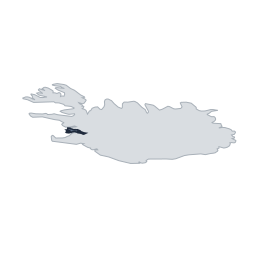 Hvalfjarðarsveit, Vesturland, Iceland shown in context, rotated 9°
{"feature_id": "244011B64770191202242", "entity_name": "Hvalfjarðarsveit", "entity_type": "district", "adm_level": 2, "iso_a3": "ISL", "parent_name": "Iceland", "parent_adm1": "Vesturland", "projection": "equal_earth", "projection_center": [-21.787, 64.41], "detail": "fine", "context": "in_parent", "style": "filled", "palette": "slate", "viewbox_px": 256, "rotation_deg": 9, "n_neighbors": 0, "source": "geoboundaries", "source_scale": "gbopen_adm2", "svg_char_len": 6031}
<svg xmlns="http://www.w3.org/2000/svg" viewBox="0 0 256 256"><g transform="rotate(9 128 128)"><path d="M195.6,99.7L197.9,99.8L201.5,99.1L206.7,96.9L208.9,96.5L214.0,96.5L207.9,98.5L205.8,100.8L204.1,101.9L204.2,102.4L208.7,103.8L210.7,103.4L211.7,103.5L212.5,104.2L213.2,105.5L212.9,106.9L211.8,108.2L210.1,109.4L210.4,109.7L211.8,109.9L219.0,109.2L219.9,110.9L220.6,111.5L220.4,112.0L217.7,113.8L221.0,112.7L223.6,112.4L228.3,113.0L230.2,113.6L231.4,114.8L233.6,114.4L234.7,115.1L234.8,115.8L233.9,117.7L231.3,118.7L233.0,120.1L234.4,120.1L234.7,120.4L234.6,121.3L232.5,122.2L236.1,123.3L236.6,123.7L236.4,125.0L235.9,125.7L234.9,126.1L232.4,126.2L230.9,126.7L231.5,127.4L231.1,129.6L229.3,131.3L227.5,132.2L225.8,132.8L220.7,132.2L221.0,133.7L219.3,134.6L219.7,135.4L220.3,135.8L220.1,136.8L217.9,138.9L216.3,139.5L213.2,140.4L208.6,142.2L203.9,142.2L192.5,144.9L188.0,146.4L180.0,150.9L176.6,152.0L170.7,152.6L153.0,155.5L151.0,157.3L151.0,157.6L151.8,158.3L150.5,159.6L147.8,160.5L146.5,160.5L144.3,159.7L144.0,160.1L145.0,161.0L136.3,162.6L124.1,161.7L113.4,159.6L104.9,159.1L98.9,156.1L98.7,155.6L99.3,154.7L101.5,154.3L100.5,153.4L96.9,155.0L95.7,155.0L94.1,154.3L94.1,153.7L91.1,153.4L85.9,151.5L85.5,151.1L86.7,150.4L83.6,150.4L79.6,152.2L55.3,152.9L54.5,152.0L53.5,148.5L54.3,147.1L55.3,147.2L58.2,149.2L64.7,148.1L67.3,147.3L69.8,145.5L71.1,144.9L73.1,142.5L75.1,141.1L79.2,140.4L75.6,140.0L69.4,141.8L67.4,141.8L68.3,141.0L70.4,140.1L69.0,140.0L68.5,139.6L68.4,138.7L69.5,137.3L76.7,134.8L75.0,134.3L70.0,136.2L66.3,136.9L63.4,136.0L62.0,134.9L62.1,134.4L63.8,132.9L63.5,132.6L62.3,132.4L59.1,131.1L54.1,131.2L41.6,130.4L32.1,132.3L29.9,131.4L28.0,129.5L28.4,128.8L30.1,128.4L34.7,128.4L41.5,127.5L44.6,126.4L45.8,126.7L46.4,127.3L50.6,126.4L52.8,125.5L56.5,125.9L70.6,125.4L72.5,124.2L73.2,122.7L72.9,122.3L67.7,123.7L66.5,123.7L60.5,123.0L58.4,122.1L59.1,121.5L62.3,120.1L70.4,117.7L71.5,117.2L71.6,116.6L68.4,115.6L62.3,115.9L60.8,114.7L55.8,114.0L52.4,114.5L50.6,113.7L30.8,117.5L24.4,115.8L19.8,115.5L19.4,114.9L22.1,113.3L24.0,113.0L25.8,113.1L29.3,114.3L31.7,114.7L28.7,113.0L28.6,111.3L27.7,110.9L26.8,109.8L27.1,109.5L30.8,109.7L36.5,111.6L39.4,111.2L43.1,110.0L34.8,109.4L32.3,107.9L34.1,107.1L38.4,107.2L33.7,104.7L33.5,104.3L34.3,103.1L40.2,104.1L37.1,102.6L37.0,102.3L38.0,102.0L38.5,101.1L39.9,100.7L42.9,101.0L47.6,102.8L48.3,103.3L48.4,105.0L50.3,104.7L52.4,105.0L54.3,103.8L55.5,104.1L56.5,105.1L56.4,107.5L57.6,106.7L59.8,106.6L60.2,104.7L59.8,103.1L52.7,101.4L49.9,100.1L50.2,99.6L51.6,99.2L59.0,98.9L55.8,98.2L55.1,97.4L49.4,97.7L46.6,97.4L46.5,97.0L47.7,96.4L51.1,95.2L57.6,95.1L60.2,95.4L65.2,98.0L69.2,99.1L75.9,102.7L80.2,104.1L80.4,104.4L79.7,104.8L78.1,105.3L80.6,106.0L82.2,106.9L82.3,107.3L80.9,110.2L79.3,111.2L75.3,110.6L76.2,111.5L79.1,112.5L79.7,113.1L79.3,113.6L80.7,113.5L81.1,113.8L80.5,115.5L79.8,116.1L82.2,116.4L83.8,117.2L85.8,120.6L86.9,118.0L87.4,117.1L88.4,116.7L89.5,114.1L92.2,112.5L94.7,111.9L97.3,113.8L99.1,113.9L101.0,110.7L101.3,108.4L100.6,105.8L100.9,103.9L102.2,102.8L103.9,102.5L107.5,103.6L110.5,106.1L115.0,108.9L118.2,109.6L118.7,109.6L119.2,108.6L118.7,105.0L120.1,103.0L123.8,102.5L129.4,100.7L130.6,100.7L133.4,101.7L138.5,105.4L142.1,107.1L144.0,109.9L144.8,110.4L145.6,109.5L145.6,108.3L141.2,102.6L141.1,101.9L141.5,101.2L149.2,101.5L150.9,102.2L156.3,105.4L158.9,104.1L164.0,100.3L165.7,100.4L170.2,101.9L172.0,101.8L177.1,100.4L178.1,98.7L175.7,95.1L176.6,94.3L181.4,93.4L186.6,93.6L192.1,96.9L192.4,98.5L195.6,99.7Z" fill="#d9dde1" stroke="#a8b0b8" stroke-width="1"/><path d="M85.3,141.0L85.6,140.8L87.2,139.7L85.9,139.7L84.8,139.6L83.0,139.2L81.1,139.4L79.0,138.9L79.2,138.6L79.4,138.4L79.5,138.3L79.5,138.2L80.0,138.3L80.5,138.3L80.8,138.4L81.0,138.4L81.0,138.5L81.4,138.6L81.5,138.6L81.0,138.3L79.2,137.8L78.6,137.7L78.4,137.6L78.1,137.7L77.5,137.8L76.6,138.0L76.4,138.0L76.2,137.9L76.1,138.0L75.5,138.0L75.3,138.1L74.9,138.1L74.7,138.1L74.0,138.2L73.9,138.2L73.7,138.2L73.2,137.9L72.6,137.8L71.9,137.8L71.6,137.7L71.2,137.8L70.8,137.5L70.9,137.4L70.7,137.2L70.5,137.3L70.4,137.3L70.1,137.4L69.9,137.4L69.8,137.5L69.7,137.5L69.7,137.4L69.7,137.5L69.5,137.4L69.4,137.4L69.5,137.5L69.4,137.6L69.2,137.7L69.1,137.8L68.9,138.0L68.9,138.3L68.7,138.5L68.6,138.4L68.6,138.5L68.7,138.8L68.5,139.0L68.4,139.0L68.2,139.1L68.3,139.0L68.4,138.9L68.4,138.7L68.5,138.6L68.4,138.6L68.2,138.9L68.2,139.0L68.2,139.3L68.0,139.6L67.9,139.7L67.8,139.8L67.7,139.8L68.0,140.0L68.6,140.3L68.9,140.4L68.7,140.3L68.6,140.2L68.8,140.1L69.1,140.0L69.3,140.0L69.2,140.2L69.3,140.2L69.5,140.1L69.6,139.9L69.8,139.9L69.7,140.0L69.8,140.0L69.7,140.1L69.9,140.0L70.3,139.9L70.3,140.0L70.2,140.0L70.4,140.0L70.5,140.1L70.8,140.1L71.0,140.0L71.2,140.3L71.0,140.2L70.9,140.2L70.9,140.3L71.0,140.4L71.3,140.5L71.0,140.5L70.8,140.5L70.4,140.5L70.2,140.5L70.1,140.4L70.0,140.5L69.9,140.6L69.6,140.6L69.4,140.6L69.2,140.6L68.9,140.6L69.0,140.5L68.9,140.5L68.7,140.7L68.5,140.8L68.4,140.8L68.5,140.9L68.4,141.0L68.2,141.2L68.3,141.2L68.3,141.3L68.5,141.4L68.4,141.4L68.1,141.6L67.9,141.8L67.6,141.9L67.6,142.0L67.8,142.1L68.1,142.1L68.3,142.1L68.5,142.1L68.8,142.1L69.0,142.1L69.4,142.1L69.5,142.1L69.9,142.1L70.0,142.0L70.3,142.0L70.6,141.9L71.0,141.8L71.0,141.7L71.4,141.6L72.0,141.4L71.9,141.4L72.0,141.4L72.4,141.3L72.4,141.2L72.5,141.2L72.8,141.0L73.0,140.9L72.9,140.8L73.0,140.8L73.2,140.7L73.5,140.7L73.8,140.5L73.8,140.4L74.0,140.3L74.3,140.3L74.4,140.2L74.5,140.1L74.8,140.1L75.1,140.0L75.6,139.8L76.0,139.9L76.6,139.8L77.0,140.0L77.4,140.0L77.5,140.0L77.8,140.1L78.2,140.0L78.5,140.0L79.0,140.0L79.6,140.0L79.8,140.1L80.0,140.2L80.0,140.3L79.9,140.4L79.6,140.4L79.2,140.5L79.4,140.6L79.8,140.5L80.0,140.4L80.2,140.2L80.2,140.3L80.5,140.2L81.1,140.2L81.3,140.2L81.4,140.3L81.1,140.3L81.0,140.5L81.6,140.5L81.9,140.5L82.6,140.6L83.1,140.6L83.8,140.8L84.4,140.9L84.6,140.9L84.6,141.0L85.1,141.0L85.3,141.0ZM69.8,140.3L69.7,140.3L69.8,140.3ZM67.2,140.0L67.3,140.0L67.2,140.0L67.2,140.0ZM67.7,142.1L67.8,142.1L67.7,142.1Z" fill="#64748b" stroke="#1e293b" stroke-width="1.5"/></g></svg>